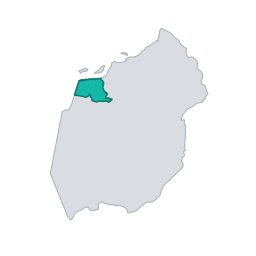 location of Tanga within United Republic of Tanzania, rotated 248°
{"feature_id": "TZA-3395", "entity_name": "Tanga", "entity_type": "Region", "adm_level": 1, "iso_a3": "TZA", "parent_name": "United Republic of Tanzania", "parent_adm1": "", "projection": "natural_earth1", "projection_center": [38.386, -5.115], "detail": "fine", "context": "in_parent", "style": "filled", "palette": "teal", "viewbox_px": 256, "rotation_deg": 248, "n_neighbors": 0, "source": "natural_earth", "source_scale": "10m", "svg_char_len": 5726}
<svg xmlns="http://www.w3.org/2000/svg" viewBox="0 0 256 256"><g transform="rotate(248 128 128)"><path d="M100.0,178.7L97.6,177.3L95.5,176.5L93.7,175.5L93.0,174.6L91.3,174.2L89.9,174.1L88.6,173.2L85.9,172.9L85.6,172.3L85.6,171.0L85.1,170.7L84.1,170.3L83.1,170.4L82.5,170.5L82.1,170.4L81.2,169.7L80.4,168.7L80.1,167.2L78.8,166.2L77.4,165.4L73.5,165.5L72.9,165.3L71.9,164.5L70.8,163.2L70.0,161.7L69.2,159.7L68.4,157.1L63.8,146.3L63.3,144.3L62.4,142.1L61.0,139.3L59.5,137.3L57.4,135.4L55.0,133.6L53.7,132.3L51.3,127.3L50.8,124.9L50.4,122.5L50.6,121.5L52.1,118.3L52.2,117.4L52.0,116.2L51.3,113.7L50.3,110.7L48.4,105.1L48.1,103.7L48.1,102.7L49.2,97.0L49.2,96.2L53.7,96.4L57.0,93.9L59.9,90.2L60.4,88.7L61.6,86.3L62.7,85.1L63.2,84.3L63.8,81.9L65.3,80.3L66.8,79.1L66.5,78.2L66.7,77.9L67.5,77.3L69.1,76.7L69.4,75.5L69.4,74.1L69.1,73.3L69.2,72.4L68.9,71.9L67.9,71.8L66.4,71.1L65.1,70.8L64.3,70.4L63.9,70.1L63.8,69.2L64.5,67.1L63.8,66.2L65.4,62.6L65.7,62.2L66.2,62.1L67.1,61.7L68.0,61.6L68.7,61.7L69.2,61.5L69.6,61.1L70.0,59.9L70.3,57.9L70.1,56.2L69.5,55.0L69.3,53.0L69.6,50.4L69.4,48.3L68.6,46.5L67.9,45.5L66.8,45.0L65.0,42.3L64.4,41.1L64.5,40.3L65.1,39.9L66.3,40.0L67.3,39.7L68.3,39.0L69.3,38.8L69.8,38.9L114.9,38.9L167.5,72.9L167.8,73.3L168.2,76.2L168.1,77.2L167.3,78.9L167.0,79.8L167.0,80.4L167.2,80.7L167.9,80.7L168.5,81.1L168.7,81.5L169.2,82.7L169.7,83.4L189.8,100.0L190.2,100.3L189.9,101.7L188.8,105.1L188.7,106.5L188.3,108.2L187.9,109.3L186.7,114.0L185.7,115.8L184.4,120.0L184.2,123.2L184.9,125.5L185.2,127.6L186.7,129.6L188.0,130.4L188.8,131.3L190.3,133.4L191.1,135.6L193.8,136.7L194.8,139.1L194.5,140.7L193.2,142.1L192.1,144.4L191.1,147.3L191.1,151.8L191.7,151.1L193.1,152.2L193.3,155.5L191.9,159.4L191.4,161.2L191.4,162.7L192.4,167.3L194.0,169.7L193.9,170.4L193.5,171.0L196.2,175.2L195.9,178.8L197.0,181.6L197.4,184.0L198.1,185.9L198.2,187.2L197.4,188.6L199.3,189.0L200.5,190.2L201.1,191.3L202.5,191.2L203.3,192.0L204.4,192.6L206.9,194.5L207.5,195.4L207.9,196.3L201.1,202.3L198.7,203.8L196.9,204.5L195.0,204.9L193.3,205.8L191.6,207.3L189.4,208.0L186.8,208.1L184.0,209.1L179.7,212.2L177.2,210.4L175.2,209.9L172.9,210.0L171.5,210.2L171.1,210.5L170.6,211.6L170.3,213.3L168.8,214.9L166.1,216.5L163.7,217.1L161.5,216.7L160.0,216.0L159.3,215.1L158.1,214.7L156.6,214.8L155.1,215.4L153.7,216.7L151.5,217.2L148.5,217.0L146.9,216.4L146.6,215.4L145.3,214.2L142.9,212.8L141.1,212.8L139.9,214.1L138.9,215.0L137.9,215.3L137.0,215.3L135.8,215.0L132.4,214.8L129.3,214.9L128.9,213.0L128.3,211.8L127.7,211.1L126.6,211.0L126.3,210.4L125.9,209.2L125.4,208.2L124.6,207.4L124.2,206.6L124.1,205.9L124.2,205.1L124.8,203.1L125.0,201.8L125.0,200.4L124.6,199.0L123.8,197.4L123.9,196.9L123.7,195.7L123.6,194.9L123.8,193.9L123.6,192.6L123.0,189.8L123.0,189.1L122.3,187.8L120.1,184.6L120.0,184.1L116.7,180.9L115.4,180.2L114.9,180.8L114.7,181.4L114.8,182.4L114.8,182.9L114.6,183.2L113.8,183.1L113.3,183.0L112.1,182.1L111.1,181.9L108.7,182.1L107.8,182.3L107.1,182.1L105.8,180.6L104.3,180.3L103.0,180.2L100.7,178.5L100.0,178.7ZM194.1,124.9L195.2,128.5L195.1,129.2L194.3,129.6L193.9,129.6L193.4,129.0L193.1,127.8L192.5,128.1L191.5,126.7L190.5,126.6L189.6,124.9L190.0,123.4L189.8,120.9L190.8,119.6L191.5,117.4L192.1,118.9L192.3,121.2L193.2,124.0L194.1,124.9ZM199.4,103.8L199.5,104.7L199.3,105.5L199.4,108.0L199.3,109.7L198.4,112.0L197.8,112.8L197.2,112.6L196.7,112.2L196.3,111.5L197.1,107.3L196.7,104.2L198.2,104.5L199.4,103.8ZM197.2,154.9L196.4,155.2L196.1,155.0L195.6,154.3L196.5,153.7L197.3,152.5L199.1,150.8L200.0,149.5L199.9,150.8L198.8,153.7L197.9,153.9L197.2,154.9Z" fill="#d9dde1" stroke="#a8b0b8" stroke-width="1"/><path d="M178.6,90.8L180.0,91.9L181.2,92.9L182.4,93.9L183.6,94.9L184.9,96.0L186.1,97.0L187.3,98.0L188.5,99.0L189.8,100.0L190.1,100.2L190.2,100.7L190.1,101.2L189.9,101.5L189.5,101.7L189.8,101.9L190.0,101.9L190.1,102.0L190.2,102.4L190.1,102.7L190.1,103.0L190.0,103.3L189.5,104.2L189.4,104.4L189.3,104.1L189.3,103.8L189.4,103.5L189.5,103.2L189.4,102.9L189.1,103.7L188.9,104.0L188.6,104.0L188.8,104.5L188.9,105.6L188.8,105.8L188.6,105.7L188.4,105.8L188.2,106.2L188.2,106.4L188.4,106.4L188.9,106.2L188.9,106.4L189.0,106.8L189.1,107.0L188.5,107.7L188.4,107.8L188.1,108.5L187.6,109.3L187.7,109.5L187.9,109.4L188.1,109.0L188.2,109.3L187.6,111.3L187.4,111.7L187.2,112.0L186.9,112.2L186.8,112.4L186.7,112.6L186.8,112.7L186.9,112.8L187.0,112.9L187.0,113.1L186.8,113.8L186.4,114.8L185.9,115.7L185.4,116.0L185.6,116.1L185.5,116.5L185.5,117.2L185.4,117.5L185.2,117.8L184.9,118.4L184.6,119.0L184.5,119.3L184.5,119.7L184.5,120.8L184.4,121.0L184.2,121.2L184.2,121.4L183.0,121.2L182.7,121.4L182.4,121.5L182.2,121.5L181.8,121.8L181.5,121.9L180.6,122.3L180.4,122.2L180.2,122.3L179.7,122.2L179.5,122.3L179.4,122.4L178.9,122.3L178.7,122.1L178.5,121.9L178.0,121.9L177.6,121.7L177.2,121.1L176.6,120.9L176.1,120.7L175.7,120.2L174.8,119.7L173.8,119.6L173.4,119.8L173.0,119.9L172.0,119.6L169.8,120.3L169.6,120.5L169.2,120.4L169.0,120.6L169.0,121.1L168.5,121.3L167.7,121.3L167.3,121.7L167.0,121.4L166.0,120.1L165.9,119.4L165.4,119.1L165.1,119.1L164.9,119.0L164.7,119.0L164.5,118.9L164.4,118.7L163.9,118.5L163.7,119.0L163.4,120.9L163.0,121.4L162.5,121.6L162.0,122.3L161.4,122.8L161.1,123.4L160.7,123.9L160.4,123.6L160.0,123.2L160.0,122.9L159.9,122.5L160.2,122.0L159.8,121.9L159.4,121.6L159.2,119.8L160.9,118.5L161.3,117.6L161.7,115.7L161.9,114.8L163.2,112.8L163.6,111.7L163.9,110.1L163.9,109.6L163.8,109.2L163.9,108.8L166.0,105.9L166.8,105.0L167.5,105.0L168.2,105.3L169.1,105.6L170.0,105.3L170.7,105.0L171.6,104.8L171.9,104.8L172.3,105.1L172.7,105.4L173.4,105.4L173.2,104.8L173.0,104.3L172.8,103.9L172.7,103.3L172.5,102.9L172.3,102.2L172.3,101.4L172.4,100.3L173.1,99.4L173.7,98.9L178.6,90.8L178.6,90.8Z" fill="#14b8a6" stroke="#0f766e" stroke-width="1.5"/></g></svg>